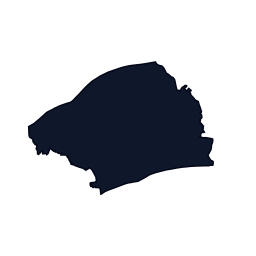 outline of Mo Cay Nam, Bến Tre, Vietnam, rotated 112°
{"feature_id": "81297802B48166206611574", "entity_name": "Mo Cay Nam", "entity_type": "district", "adm_level": 2, "iso_a3": "VNM", "parent_name": "Vietnam", "parent_adm1": "Bến Tre", "projection": "albers", "projection_center": [106.374, 10.071], "detail": "fine", "context": "isolated", "style": "filled", "palette": "ink", "viewbox_px": 256, "rotation_deg": 112, "n_neighbors": 0, "source": "geoboundaries", "source_scale": "gbopen_adm2", "svg_char_len": 5562}
<svg xmlns="http://www.w3.org/2000/svg" viewBox="0 0 256 256"><g transform="rotate(112 128 128)"><path d="M90.0,173.0L97.8,178.6L103.1,181.3L107.2,183.1L115.3,186.1L119.9,188.1L121.9,188.8L123.1,189.3L124.5,190.1L126.0,191.2L126.2,191.5L127.9,193.7L129.6,195.7L133.5,200.1L135.8,202.1L137.2,203.5L139.0,204.8L140.5,206.2L143.5,208.8L144.3,209.3L146.0,210.2L147.2,210.7L151.3,212.7L153.8,214.0L159.4,217.0L163.0,219.9L163.9,220.6L170.6,217.6L172.1,216.8L172.7,216.4L173.0,216.0L173.4,215.3L173.6,214.7L173.7,213.9L173.7,213.2L173.8,212.5L174.0,212.2L174.2,211.9L174.6,211.7L176.1,211.1L176.5,210.4L176.6,210.2L176.8,210.0L177.0,209.8L177.2,209.3L177.4,208.9L177.7,208.7L177.9,208.5L178.0,208.1L177.9,207.1L177.9,206.8L178.2,206.7L178.4,206.5L178.5,206.4L178.6,206.2L178.8,205.8L179.4,205.5L180.3,205.4L181.0,205.5L181.3,205.4L181.6,205.3L181.8,205.2L182.0,204.6L182.9,203.7L183.2,203.3L183.4,203.2L183.7,203.1L183.9,203.0L184.4,202.8L185.0,202.6L185.3,202.5L185.4,202.3L185.5,202.2L185.8,201.8L186.1,201.6L186.1,201.1L185.9,200.9L185.6,200.8L185.2,200.8L184.7,200.5L184.3,200.3L183.6,200.0L182.4,199.5L181.6,199.1L181.5,198.8L181.7,198.7L182.4,198.1L183.2,197.7L183.7,197.6L183.9,197.4L183.9,197.2L183.3,196.2L183.2,196.2L182.9,195.3L182.7,195.0L182.4,194.3L182.4,194.1L182.8,193.7L183.1,193.3L181.6,192.6L180.1,192.6L176.7,192.7L175.7,192.6L176.4,191.2L176.6,190.6L177.0,189.5L177.3,188.4L177.0,188.3L177.5,186.4L176.8,186.2L177.4,183.7L177.5,183.2L177.4,182.6L177.3,182.1L177.0,181.0L177.1,180.8L176.7,180.5L176.6,180.0L178.1,180.0L176.4,175.7L177.0,173.5L177.6,173.5L177.7,173.4L177.9,173.1L178.3,171.9L178.8,171.4L179.4,170.8L179.5,170.8L179.8,170.6L180.2,170.0L180.8,169.4L180.9,168.9L181.1,168.6L182.0,168.0L181.7,166.6L182.8,167.0L182.8,166.0L182.4,165.9L182.7,162.7L182.7,162.0L182.6,161.4L182.5,160.4L182.6,158.9L182.5,158.4L182.4,157.2L182.2,154.6L182.3,153.9L182.6,152.6L182.7,152.2L182.9,151.2L182.6,151.2L182.4,151.1L182.1,151.0L181.8,150.8L181.7,150.6L181.5,150.2L181.4,150.0L181.3,149.9L179.3,149.2L179.7,147.6L179.7,146.9L179.8,146.3L182.4,143.0L184.8,140.2L185.9,138.9L186.3,138.3L186.9,138.7L188.4,137.1L189.4,137.9L189.7,137.6L189.6,137.3L189.8,137.2L190.3,137.6L191.4,139.6L192.5,141.8L192.6,142.0L193.4,142.4L193.5,142.4L193.7,142.1L193.6,141.9L193.4,141.8L193.3,141.7L193.4,141.4L193.3,141.1L193.3,140.9L193.2,140.8L193.3,140.7L193.8,140.7L194.0,140.8L194.2,141.1L194.4,141.4L194.6,141.6L194.8,141.8L195.2,141.6L195.6,141.1L195.9,140.7L196.0,140.6L195.9,140.4L195.2,140.4L195.0,140.1L195.1,139.9L195.4,139.6L195.8,139.1L195.9,138.9L196.3,138.5L196.3,138.4L196.3,138.2L196.2,138.0L196.1,137.8L195.9,137.5L195.6,137.4L195.0,137.3L194.8,137.2L194.7,136.9L194.6,136.7L194.7,136.3L194.9,136.1L195.1,135.9L195.3,135.8L195.4,135.5L195.4,135.4L194.8,134.6L194.7,134.4L194.6,134.2L194.6,133.8L194.6,133.4L194.6,133.2L194.4,133.0L194.0,132.7L193.8,132.5L193.7,132.3L193.7,132.1L193.9,131.9L194.1,131.7L194.5,131.4L196.1,130.2L198.5,129.0L199.5,128.4L199.0,127.9L197.1,126.6L195.7,125.7L192.8,122.9L190.2,120.0L186.1,115.5L181.9,111.0L180.1,108.9L178.7,107.1L177.7,105.3L175.9,102.6L175.1,101.2L173.7,98.9L173.4,98.5L172.6,97.9L168.4,94.4L163.1,90.4L159.2,86.0L152.4,76.8L151.6,75.5L150.5,73.6L149.2,71.6L148.3,70.1L147.2,68.5L145.2,65.1L144.5,64.0L143.8,62.8L143.4,61.9L142.9,60.9L140.6,56.6L138.4,52.1L133.5,41.0L133.1,39.8L132.3,38.4L131.5,37.3L131.0,36.2L130.7,35.4L127.6,36.2L127.4,36.4L127.1,36.9L127.0,37.3L126.9,37.9L126.9,38.4L126.9,39.1L126.8,39.4L126.6,39.7L124.8,42.1L123.9,43.2L123.5,43.5L122.9,43.7L122.0,43.7L121.1,43.4L120.0,43.3L119.0,43.2L117.1,43.0L115.6,43.2L114.3,43.5L113.6,43.9L113.3,44.0L112.7,44.2L112.3,44.2L110.5,44.2L109.8,44.3L109.3,44.4L108.2,44.6L107.5,44.8L107.0,45.1L106.6,45.3L106.5,45.8L106.6,46.7L107.5,50.9L107.9,52.4L108.9,54.9L109.1,56.2L109.3,56.9L109.4,57.4L109.4,58.3L109.0,58.2L108.8,58.1L108.7,57.8L108.7,57.6L108.4,57.6L108.3,57.9L108.3,58.1L108.2,58.2L107.9,58.2L107.4,58.0L107.1,58.0L106.9,58.0L106.3,58.3L106.0,58.3L105.2,58.1L104.8,58.1L104.6,58.0L104.5,57.9L104.3,57.6L104.1,57.0L103.9,56.5L103.7,56.1L103.5,56.8L103.3,56.7L103.0,56.4L102.8,56.2L102.3,56.9L101.6,57.9L101.5,58.2L100.9,58.0L100.2,58.0L99.6,58.3L98.7,58.8L98.3,58.9L97.9,58.8L97.8,59.8L97.7,60.0L97.2,60.2L97.1,60.5L96.9,60.9L96.6,61.3L96.4,61.8L96.3,62.2L96.2,62.5L96.0,62.8L95.4,63.5L95.2,63.6L94.5,63.7L94.0,63.7L93.8,63.7L93.7,63.8L93.5,64.3L93.4,64.4L93.1,64.3L90.8,63.4L90.2,63.6L89.8,63.9L88.8,64.4L88.4,64.6L88.1,64.9L87.9,65.2L87.9,65.5L87.9,66.0L87.8,66.3L87.3,66.4L87.1,66.6L86.7,66.2L86.4,66.1L86.1,66.0L85.8,66.0L85.3,66.2L85.2,66.1L82.0,68.7L79.9,70.7L77.1,72.8L77.0,75.7L75.7,78.1L73.8,82.1L72.6,82.9L72.3,83.2L72.0,83.7L71.7,84.1L71.3,84.2L70.9,84.2L70.5,84.0L70.0,83.6L69.8,83.5L69.5,83.7L69.2,84.2L69.2,84.7L69.0,85.2L68.6,86.1L68.5,86.5L69.1,86.8L70.6,86.9L71.0,86.9L71.3,87.2L71.4,87.6L71.4,88.0L71.3,88.4L71.0,88.9L70.9,89.5L70.8,90.0L70.6,90.3L70.3,90.4L69.9,90.3L68.1,89.5L67.4,89.2L67.2,89.2L67.0,89.3L66.8,89.6L66.8,90.2L67.0,90.7L67.4,91.2L67.8,91.4L68.5,91.8L69.7,92.7L70.2,93.0L71.1,93.2L72.4,93.4L73.1,93.4L73.7,93.4L74.6,96.8L71.0,99.4L68.8,100.8L65.7,102.9L64.5,104.9L64.3,105.5L64.3,106.0L64.4,106.9L64.4,107.2L63.6,109.1L63.5,109.5L63.2,110.4L62.7,113.0L62.0,113.9L60.5,115.5L59.1,117.2L58.8,117.8L58.3,118.7L58.0,119.6L57.9,120.2L58.0,120.6L58.3,122.5L58.3,123.4L58.2,123.9L58.1,124.4L58.1,124.7L57.8,125.4L57.3,126.2L56.5,127.3L61.2,134.8L64.0,139.5L68.0,146.9L70.4,151.0L71.2,152.1L72.8,154.4L74.2,156.3L75.0,157.3L83.4,167.0L90.0,173.0Z" fill="#0f172a" stroke="#020617" stroke-width="1.5"/></g></svg>